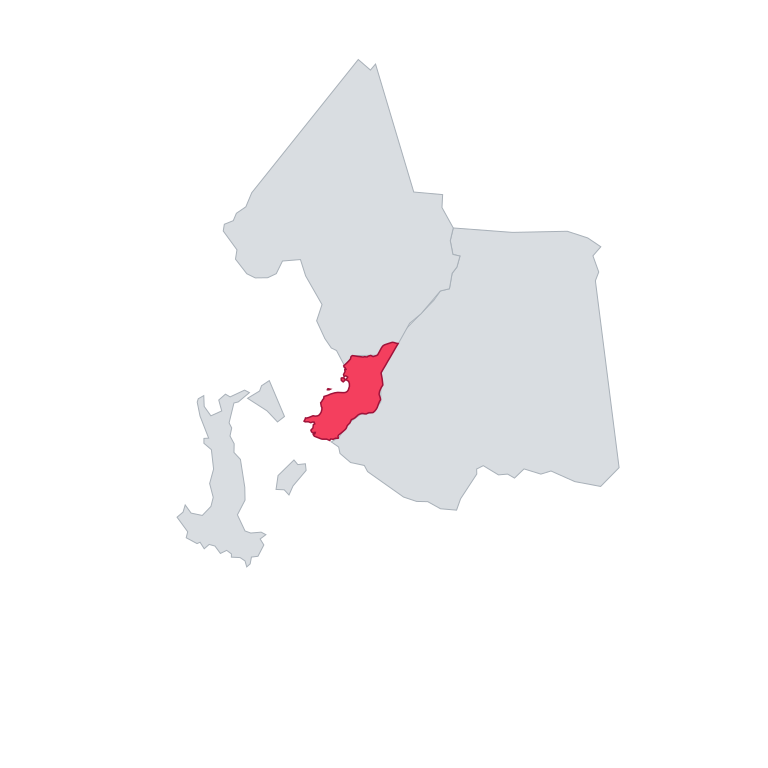 Tunisia highlighted, Equal Earth projection, rotated 221°
{"feature_id": "TUN", "entity_name": "Tunisia", "entity_type": "country or territory", "adm_level": 0, "iso_a3": "TUN", "parent_name": "Africa", "parent_adm1": "", "projection": "equal_earth", "projection_center": [9.904, 33.785], "detail": "fine", "context": "with_neighbors", "style": "filled", "palette": "rose", "viewbox_px": 768, "rotation_deg": 221, "n_neighbors": 3, "source": "natural_earth", "source_scale": "50m", "svg_char_len": 4609}
<svg xmlns="http://www.w3.org/2000/svg" viewBox="0 0 768 768"><g transform="rotate(221 384 384)"><path d="M151.7,475.1L153.3,448.8L176.0,435.5L200.9,427.9L206.5,418.9L222.6,411.8L223.8,398.6L231.6,397.1L238.0,390.5L255.5,387.5L258.3,380.6L254.9,376.9L250.9,347.6L246.5,336.4L259.5,326.9L273.8,323.9L282.3,316.8L295.1,311.5L338.9,307.1L345.4,309.6L357.7,302.8L371.6,302.7L376.9,306.7L385.8,305.7L383.1,314.5L385.0,331.0L381.9,345.4L373.6,355.1L374.7,368.4L393.8,390.3L403.7,438.3L401.3,479.7L402.5,491.2L397.1,498.8L405.2,512.2L405.7,520.1L410.6,530.4L417.0,527.0L428.0,535.6L434.1,547.2L386.5,582.7L345.9,619.5L326.0,627.9L310.4,629.8L310.4,617.8L295.4,609.4L292.2,600.6L151.7,475.1Z" fill="#d9dde1" stroke="#a8b0b8" stroke-width="1"/><path d="M411.6,141.7L419.0,143.9L420.4,140.9L432.4,138.2L435.2,143.7L452.8,147.7L451.6,155.5L454.7,162.3L444.9,160.0L434.9,165.6L434.3,178.1L438.5,186.4L450.3,194.5L456.8,208.0L471.2,221.2L481.0,221.1L484.2,224.8L480.8,228.1L501.8,239.1L513.1,247.8L514.5,251.0L512.4,257.0L505.0,249.1L493.8,246.4L488.8,257.2L498.2,263.5L497.0,272.3L491.7,273.3L485.2,287.9L479.9,289.2L482.2,274.9L484.8,271.2L475.4,253.0L470.1,250.9L466.1,243.7L457.9,240.6L452.3,233.9L442.9,232.9L421.3,214.7L412.7,205.2L408.8,189.1L392.5,181.9L386.8,184.1L379.5,191.6L374.3,192.8L375.8,185.8L369.1,183.7L366.1,171.3L370.5,166.4L367.0,160.4L367.6,155.9L372.8,159.3L378.7,158.6L385.6,153.2L387.7,155.7L393.6,155.2L396.3,148.8L405.3,150.8L410.7,148.2L411.6,141.7ZM454.7,287.0L477.6,283.7L473.3,297.1L475.3,302.4L472.8,311.3L437.8,294.2L439.5,285.5L454.7,287.0ZM389.9,238.7L396.3,233.6L403.9,245.4L402.1,267.6L396.2,266.6L391.0,272.2L386.1,267.7L385.8,247.4L382.9,237.9L389.9,238.7Z" fill="#d9dde1" stroke="#a8b0b8" stroke-width="1"/><path d="M609.3,441.6L616.3,612.0L600.2,612.0L600.3,619.9L487.5,548.4L464.0,565.4L456.0,555.2L434.1,547.2L428.0,535.6L417.0,527.0L410.6,530.4L405.7,520.1L405.2,512.2L397.1,498.8L402.5,491.2L402.1,461.4L404.5,446.7L399.4,422.4L406.0,418.2L405.7,403.3L425.5,385.6L426.1,372.0L441.8,378.1L447.4,376.6L458.5,379.5L476.3,387.5L482.9,403.3L514.1,414.2L528.7,423.1L541.3,410.2L537.7,396.6L541.5,387.9L550.8,379.6L559.9,377.2L578.0,380.8L583.0,388.8L605.7,394.0L609.3,399.8L604.9,408.4L607.4,416.0L604.5,427.1L609.3,441.6Z" fill="#d9dde1" stroke="#a8b0b8" stroke-width="1"/><path d="M426.3,371.2L426.3,371.7L425.9,375.1L425.8,376.3L425.7,378.3L425.7,380.8L426.8,382.9L426.8,383.8L426.4,384.8L424.5,386.0L421.9,387.6L419.8,389.1L417.4,390.7L416.7,391.8L415.5,392.6L414.5,393.4L414.3,394.2L413.6,395.7L412.7,396.9L410.5,397.4L410.0,397.8L409.0,399.5L408.5,400.2L407.9,401.7L408.7,405.5L409.6,409.4L409.8,411.0L409.8,412.4L409.3,413.9L408.1,416.0L407.2,417.5L405.5,420.3L405.0,421.0L403.8,421.8L401.5,422.8L399.9,423.8L399.1,419.6L398.4,416.0L397.8,413.0L396.8,407.8L396.0,403.3L395.1,398.9L394.4,394.9L393.6,390.9L393.3,390.3L390.9,388.4L388.8,386.7L386.6,384.7L384.2,382.5L383.8,379.8L382.6,375.7L381.3,373.5L380.8,372.9L378.2,371.4L376.7,370.3L376.2,369.7L376.0,368.1L374.9,364.8L373.7,361.8L373.3,359.8L373.2,357.3L373.5,355.4L374.0,354.7L376.6,352.4L377.8,349.7L379.3,348.6L380.6,347.9L381.6,347.0L382.5,345.5L383.2,344.0L383.4,342.3L383.7,339.7L384.2,337.9L385.2,335.8L384.8,334.1L384.2,332.3L384.4,329.2L384.3,328.0L383.8,326.9L383.4,325.4L383.4,324.2L383.8,321.1L384.2,318.7L384.8,315.6L384.6,314.8L384.2,314.1L383.0,313.4L383.0,313.0L383.3,312.6L385.1,311.1L386.1,308.9L386.9,308.4L388.1,307.6L388.1,306.7L387.8,305.8L391.0,304.8L394.1,302.1L395.2,301.4L402.3,298.9L403.2,299.1L404.2,299.4L403.9,300.4L403.5,301.1L404.1,302.4L405.0,301.6L404.8,301.1L404.7,300.4L406.2,300.3L407.5,300.4L408.9,301.2L408.8,304.2L410.7,307.1L410.1,308.5L411.7,309.4L413.1,308.3L413.8,306.8L416.3,305.9L418.7,303.7L420.0,303.5L420.3,305.3L421.0,306.9L420.1,307.5L418.9,309.2L416.7,313.5L414.7,314.7L413.2,316.4L412.7,317.6L412.6,319.0L412.9,321.4L414.1,323.9L415.4,325.5L416.6,325.9L419.5,328.3L419.5,329.8L419.9,331.5L420.0,333.5L421.1,335.2L418.9,338.8L417.7,341.4L415.4,345.0L413.4,347.3L409.0,350.8L407.9,351.9L407.2,353.1L406.9,354.4L407.0,355.9L408.5,359.5L410.4,361.6L412.4,362.8L415.8,362.3L415.7,363.7L415.9,365.4L417.3,365.3L418.3,365.0L419.0,363.4L420.7,364.5L421.6,367.9L423.0,369.0L423.2,369.4L422.7,369.7L422.3,370.1L422.7,370.3L424.1,370.8L424.9,370.5L426.3,371.2ZM419.0,361.7L418.7,361.8L418.0,362.3L417.7,362.3L416.7,361.8L416.4,361.8L415.9,361.4L416.1,359.4L416.2,358.8L418.5,358.7L419.8,359.9L420.0,360.3L420.1,360.6L419.5,361.3L419.0,361.7ZM423.2,343.7L421.1,344.9L421.5,343.8L422.9,342.5L423.2,342.8L423.2,343.7Z" fill="#f43f5e" stroke="#9f1239" stroke-width="1.5"/></g></svg>